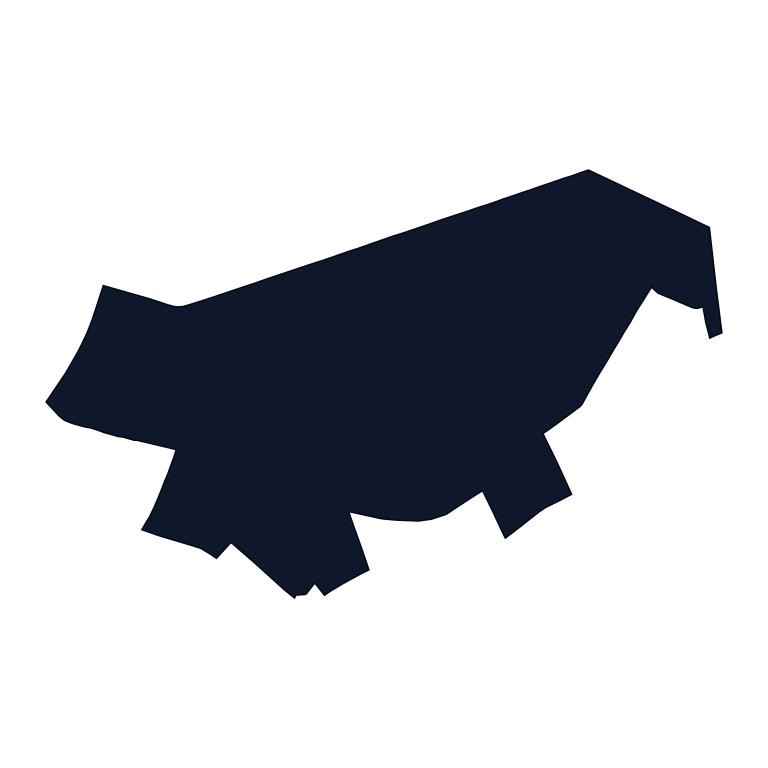 outline of Sathon, Bangkok Metropolis, Thailand
{"feature_id": "78962969B57919474821024", "entity_name": "Sathon", "entity_type": "district", "adm_level": 2, "iso_a3": "THA", "parent_name": "Thailand", "parent_adm1": "Bangkok Metropolis", "projection": "robinson", "projection_center": [100.532, 13.714], "detail": "fine", "context": "isolated", "style": "filled", "palette": "ink", "viewbox_px": 768, "rotation_deg": 0, "n_neighbors": 0, "source": "geoboundaries", "source_scale": "gbopen_adm2", "svg_char_len": 3121}
<svg xmlns="http://www.w3.org/2000/svg" viewBox="0 0 768 768"><path d="M368.9,569.9L365.3,559.1L361.8,548.9L354.2,527.6L349.4,513.8L349.3,513.3L349.4,511.7L352.9,512.4L360.7,514.2L373.1,516.9L378.0,518.0L381.9,518.8L391.4,519.7L397.7,520.2L418.5,521.0L424.9,520.1L431.4,519.2L437.2,517.3L446.1,514.4L464.6,502.1L477.7,493.7L482.6,490.7L483.0,491.5L489.9,505.7L492.8,511.6L501.6,530.5L505.3,538.1L521.1,526.1L524.5,523.3L538.7,512.2L543.6,508.8L546.3,507.1L558.8,501.0L571.6,494.3L565.5,480.9L556.0,460.2L546.8,441.6L542.9,433.5L548.2,430.0L557.3,423.4L564.6,418.0L574.6,410.6L580.4,406.2L581.2,405.3L581.8,404.6L582.4,403.7L586.4,396.3L592.2,385.9L597.5,376.7L600.3,372.0L605.5,363.6L613.0,350.8L616.9,344.4L618.9,341.1L621.7,336.3L623.9,332.4L626.6,328.2L630.3,322.2L634.8,314.0L637.0,310.2L642.8,301.1L647.3,293.8L651.7,287.1L652.0,287.4L652.1,287.5L652.4,287.8L655.2,290.6L657.4,292.6L658.8,293.4L661.3,294.5L661.9,294.7L663.1,295.3L664.9,296.0L667.4,297.0L669.8,298.0L672.8,299.2L674.7,300.0L677.4,301.2L680.1,302.4L682.5,303.4L685.7,304.8L687.8,305.7L689.6,306.4L690.5,306.8L691.8,307.3L693.2,307.8L694.6,308.2L695.4,308.3L696.5,308.3L697.5,308.2L698.5,308.1L699.7,307.8L700.7,307.4L701.5,307.2L701.9,307.1L702.5,306.9L702.7,307.0L703.1,307.3L703.8,311.7L704.5,315.0L705.4,320.5L705.8,322.6L706.9,327.0L707.4,328.7L708.6,333.5L709.8,338.1L712.2,337.0L715.4,335.5L717.8,334.5L721.9,332.9L716.3,288.6L709.4,227.5L680.2,213.5L588.4,170.0L580.6,172.7L576.5,174.2L571.4,176.0L564.4,178.1L548.8,183.5L539.7,186.6L530.6,189.8L522.1,192.6L512.9,195.8L503.2,199.0L495.6,201.8L486.6,204.9L481.7,206.4L476.1,208.2L467.8,211.1L459.6,213.8L452.3,216.2L442.8,219.3L436.0,221.7L429.2,224.1L414.6,229.1L403.6,232.8L392.5,236.3L385.7,238.7L374.1,242.7L368.5,244.7L356.8,248.8L350.4,250.8L344.9,252.7L342.0,253.7L329.2,258.2L320.5,261.1L312.1,263.8L301.5,267.3L292.9,270.2L280.0,274.5L272.6,277.0L264.1,279.9L252.1,284.1L243.2,287.0L236.7,289.2L227.8,292.2L219.2,295.1L208.0,298.8L200.0,301.4L192.7,303.7L188.8,304.9L183.1,306.5L180.5,306.7L177.4,306.9L175.8,306.7L174.1,306.5L172.4,306.1L170.5,305.5L168.4,305.0L149.2,298.7L103.3,285.6L92.3,319.5L86.8,333.5L81.1,345.4L78.7,350.2L73.8,358.9L69.0,367.3L65.6,373.1L46.1,402.0L59.1,416.0L60.3,417.0L62.6,418.8L64.8,420.3L65.2,420.6L69.4,422.3L70.7,422.8L72.5,423.5L80.1,425.6L83.0,426.5L86.4,427.2L90.0,427.8L91.3,428.1L92.5,428.5L98.6,430.5L104.6,432.7L109.0,433.9L118.2,436.5L120.2,436.8L121.9,436.9L122.7,437.0L128.3,438.6L133.7,440.1L134.2,440.3L136.7,440.3L137.6,440.4L146.2,442.4L159.5,445.6L169.3,447.9L175.6,449.5L176.3,449.6L175.1,453.2L174.2,456.4L170.1,467.3L167.8,474.0L164.4,481.9L162.4,487.2L160.7,491.6L156.7,501.4L155.5,504.0L154.0,507.5L149.5,516.9L146.7,521.4L141.8,529.7L158.1,535.4L173.7,540.1L185.5,543.6L200.7,548.3L210.3,554.1L216.5,558.3L221.3,553.0L221.5,552.8L221.9,552.3L231.0,542.4L243.1,552.9L254.0,562.4L264.9,572.2L273.5,580.0L284.6,590.0L294.5,598.0L296.0,595.1L304.9,594.5L305.7,594.3L306.7,593.4L314.8,583.0L324.5,595.3L327.9,592.9L331.5,590.5L341.0,584.8L349.2,580.2L360.0,574.3L368.9,569.9Z" fill="#0f172a" stroke="#020617" stroke-width="1.5"/></svg>